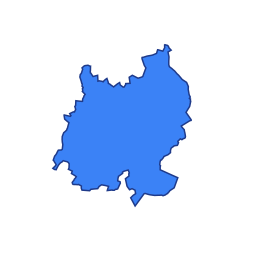 Shira, Bauchi, Nigeria, rotated 230°
{"feature_id": "59680162B33775428128459", "entity_name": "Shira", "entity_type": "district", "adm_level": 2, "iso_a3": "NGA", "parent_name": "Nigeria", "parent_adm1": "Bauchi", "projection": "natural_earth1", "projection_center": [10.019, 11.46], "detail": "fine", "context": "isolated", "style": "filled", "palette": "blue", "viewbox_px": 256, "rotation_deg": 230, "n_neighbors": 0, "source": "geoboundaries", "source_scale": "gbopen_adm2", "svg_char_len": 4088}
<svg xmlns="http://www.w3.org/2000/svg" viewBox="0 0 256 256"><g transform="rotate(230 128 128)"><path d="M168.1,209.8L168.1,209.4L167.3,208.8L167.0,208.5L166.0,207.8L164.5,204.1L168.6,201.3L168.9,201.0L166.8,197.8L168.1,193.7L168.7,192.5L170.8,188.9L172.4,185.0L173.0,184.3L172.8,183.8L171.9,183.2L165.4,180.7L162.5,180.3L157.9,172.3L158.5,170.5L159.7,167.7L165.6,165.2L166.1,161.5L160.9,158.3L163.5,154.8L162.8,154.1L161.9,151.3L162.4,150.6L165.9,149.7L168.2,150.8L168.6,148.3L168.7,145.0L168.7,143.4L171.3,142.7L172.5,142.4L173.0,142.4L174.8,141.6L175.3,142.1L179.5,143.7L179.7,141.9L179.6,139.8L179.4,138.6L180.2,138.3L182.7,136.2L183.2,135.1L187.9,138.6L189.9,134.3L194.1,134.8L194.4,134.6L195.7,135.5L195.8,135.8L199.4,139.0L199.5,138.8L201.8,137.7L203.4,135.2L203.7,134.3L203.7,133.3L203.6,131.4L202.2,131.1L199.8,127.3L199.7,125.9L198.0,123.9L194.3,122.4L194.2,122.4L192.0,121.3L191.1,121.2L190.3,120.4L189.5,119.6L188.0,119.8L187.6,119.4L187.6,118.5L185.4,117.1L185.3,116.5L181.4,116.8L180.8,114.7L180.3,114.2L179.4,112.0L177.7,110.3L177.8,110.0L181.1,106.8L182.4,105.6L179.0,102.4L178.9,102.3L178.7,101.1L175.9,99.9L174.7,97.3L175.5,96.5L176.5,92.6L174.1,92.2L174.0,91.3L178.6,87.8L179.0,87.5L178.7,87.1L175.5,85.2L171.7,85.8L170.1,86.2L168.1,83.3L166.6,81.2L166.5,80.5L165.9,79.9L165.7,77.8L165.7,77.7L165.7,75.7L164.5,73.5L163.7,72.1L162.7,71.2L161.6,70.2L159.4,68.6L157.2,67.4L153.9,63.9L154.0,62.8L155.8,60.4L155.4,59.2L154.2,56.5L153.9,55.5L153.6,53.7L151.4,50.0L150.4,50.1L149.5,49.9L149.1,49.8L148.0,49.7L146.9,49.5L146.1,49.4L145.7,48.0L145.4,44.5L143.5,45.0L142.2,46.2L142.7,47.1L143.7,49.5L144.3,51.2L144.5,52.3L144.7,53.7L144.6,54.7L144.4,55.7L144.6,57.4L143.0,58.4L141.7,59.4L140.9,59.9L139.7,60.1L139.1,60.0L138.5,60.0L137.8,59.4L135.3,57.1L134.7,55.8L130.8,57.6L129.5,55.4L127.0,56.3L126.5,56.4L125.7,56.7L124.0,57.1L123.5,55.7L123.3,54.0L122.8,53.1L122.2,50.3L120.8,49.6L120.0,49.7L119.2,50.6L118.5,51.4L116.6,53.4L116.5,53.9L113.5,55.0L112.1,53.6L110.0,52.8L104.6,58.3L104.9,60.1L103.0,63.0L102.2,64.1L101.0,65.8L101.8,68.3L101.6,70.1L101.5,71.2L98.2,73.9L95.8,75.6L93.7,72.3L93.4,71.9L90.7,76.0L90.2,76.2L89.1,77.5L89.1,78.8L88.2,80.3L88.0,81.0L90.7,86.7L92.0,87.4L93.9,86.2L94.2,86.2L96.0,88.1L96.8,89.3L97.1,89.6L96.7,94.7L97.7,95.3L97.5,97.1L95.7,101.1L92.7,100.1L92.4,99.1L90.6,97.9L90.8,93.4L84.7,90.2L83.8,89.8L79.7,89.5L78.9,92.1L75.9,93.4L74.3,92.5L72.8,91.6L73.1,88.6L72.8,85.2L63.7,83.3L67.3,98.0L66.9,99.0L63.8,101.1L62.5,102.1L62.4,102.2L59.2,105.1L57.0,108.0L56.7,108.3L54.9,110.7L53.6,111.3L52.7,113.7L52.7,115.0L52.5,115.7L52.3,116.3L52.7,117.2L52.7,118.5L52.8,118.8L53.1,119.7L52.5,124.9L53.6,126.8L57.9,134.2L63.6,131.4L75.3,125.8L77.7,127.8L78.1,128.6L78.5,128.6L78.9,128.6L79.1,128.6L79.3,128.6L79.5,128.7L81.4,130.7L82.4,132.3L82.1,132.7L82.0,133.3L82.2,134.0L82.3,134.8L82.5,135.7L82.7,136.4L83.1,137.2L82.9,137.8L82.6,139.0L82.0,140.8L81.8,141.7L81.8,142.5L81.8,143.4L81.8,144.7L82.8,145.5L83.7,146.4L84.4,147.4L84.8,148.0L84.8,149.8L84.6,150.9L84.7,151.8L84.4,152.4L83.0,154.6L83.3,155.5L83.8,156.3L84.2,157.1L84.5,157.4L85.0,157.3L85.4,157.3L85.7,157.5L85.9,158.1L85.9,159.3L86.0,160.3L86.1,161.1L85.4,161.4L84.8,161.5L84.5,161.8L84.5,162.2L84.2,162.5L84.4,163.1L84.3,163.6L84.0,164.1L83.9,164.4L83.7,164.9L83.9,165.7L84.6,166.6L87.8,168.5L89.1,169.1L90.6,170.0L92.4,169.9L93.3,169.9L94.8,169.9L95.3,170.1L93.8,180.3L93.3,180.9L93.3,181.4L93.5,181.5L93.8,181.7L102.7,182.5L104.9,189.1L107.9,192.9L108.1,192.8L108.4,193.3L108.8,193.4L109.1,193.7L109.4,193.9L109.7,194.0L109.8,194.1L109.9,194.3L110.1,194.5L110.3,194.4L110.6,194.2L110.9,194.0L111.1,194.0L111.3,194.1L111.3,194.7L111.5,195.1L111.7,195.6L114.1,196.2L115.2,196.8L115.7,197.1L118.8,198.9L119.8,199.8L121.0,200.9L125.3,202.2L130.3,200.7L131.6,200.7L136.0,200.7L137.4,200.5L138.1,200.4L141.6,200.4L143.8,200.0L145.4,199.8L148.4,199.1L150.4,200.0L151.2,200.7L153.0,202.2L154.4,203.5L156.1,205.1L158.5,206.4L160.5,207.5L159.9,211.1L163.0,210.9L163.3,211.0L164.1,211.3L165.2,211.5L166.2,211.2L166.8,210.7L168.1,209.8Z" fill="#3b82f6" stroke="#1e3a8a" stroke-width="1.5"/></g></svg>